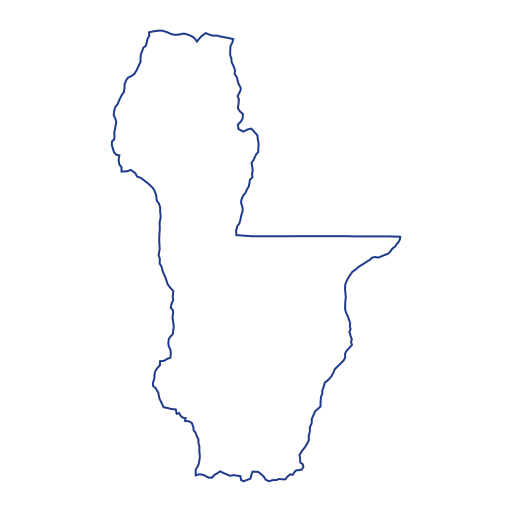 Santo Antônio do Descoberto, Goiás, Brazil
{"feature_id": "56859067B79602459019082", "entity_name": "Santo Antônio do Descoberto", "entity_type": "district", "adm_level": 2, "iso_a3": "BRA", "parent_name": "Brazil", "parent_adm1": "Goiás", "projection": "albers", "projection_center": [-48.284, -16.072], "detail": "fine", "context": "isolated", "style": "outline", "palette": "blue", "viewbox_px": 512, "rotation_deg": 0, "n_neighbors": 0, "source": "geoboundaries", "source_scale": "gbopen_adm2", "svg_char_len": 4100}
<svg xmlns="http://www.w3.org/2000/svg" viewBox="0 0 512 512"><path d="M149.1,32.3L149.2,36.1L147.6,38.6L145.9,45.7L143.2,47.9L142.1,51.3L140.8,54.4L140.5,59.0L140.6,61.6L136.6,70.3L134.3,74.0L131.8,75.9L128.2,77.5L126.5,79.7L124.7,83.9L124.4,88.7L123.9,92.1L121.9,94.9L120.4,97.7L119.2,100.2L117.7,104.0L115.3,107.0L114.2,110.7L113.7,115.2L115.1,118.1L116.3,121.9L114.8,129.8L114.2,133.1L114.6,136.5L114.1,139.5L112.0,141.4L111.8,145.0L114.0,152.3L116.4,154.8L119.4,155.4L118.8,158.2L118.7,161.0L119.4,164.6L121.5,167.3L121.5,171.5L127.3,171.3L130.7,169.9L135.2,173.1L137.0,176.4L141.1,178.1L144.5,180.7L147.7,183.1L150.1,185.3L152.7,187.8L154.3,190.3L156.2,195.2L156.7,200.4L159.1,204.0L160.2,207.7L160.1,211.3L160.5,214.2L160.6,218.0L159.6,222.5L159.8,228.6L159.4,234.4L159.2,239.5L159.3,242.7L159.5,245.7L159.7,249.0L158.6,255.3L159.8,258.4L159.7,263.7L161.4,266.3L162.9,271.9L164.9,276.2L166.3,280.0L167.8,284.5L170.0,287.4L173.4,291.2L172.7,296.1L173.2,300.2L171.5,303.7L170.8,307.7L173.0,310.5L173.1,313.3L172.5,316.8L172.9,320.0L173.8,326.3L173.4,329.1L172.9,333.9L170.3,336.8L168.8,339.1L168.3,342.9L168.7,346.1L170.5,350.0L170.8,353.7L170.4,357.7L166.8,359.1L164.1,360.8L160.0,361.2L159.9,365.3L157.4,368.0L155.5,370.7L154.6,373.8L154.3,378.8L152.9,383.0L153.1,386.0L155.7,388.2L158.3,392.7L158.8,395.6L159.5,398.8L161.0,401.6L163.5,407.2L168.3,408.2L171.0,409.0L175.7,409.4L176.7,413.8L179.1,413.1L180.6,415.8L183.1,417.8L185.6,418.1L185.0,420.9L189.3,421.4L191.9,423.1L193.4,427.2L193.6,430.4L195.5,432.5L196.8,436.1L198.4,439.3L198.5,443.4L199.4,446.5L199.3,450.7L199.6,453.5L199.8,456.5L199.5,459.9L198.8,463.5L197.9,466.0L195.7,469.6L195.7,475.3L198.9,474.4L201.6,474.5L204.7,475.5L208.5,477.7L212.1,477.6L214.5,474.8L217.2,473.4L220.1,471.3L223.9,473.2L227.6,474.7L229.8,475.8L234.1,475.1L237.3,475.7L240.4,476.1L241.1,480.1L243.5,481.3L250.5,478.6L251.4,474.9L252.6,471.6L258.1,471.9L261.4,474.4L264.0,476.9L265.6,479.6L268.7,481.2L273.4,480.0L276.2,480.1L279.0,479.0L282.4,479.3L285.3,479.3L287.3,476.8L290.0,474.4L292.7,474.8L294.4,472.1L296.2,470.3L298.7,470.2L301.7,469.5L303.4,467.0L302.8,464.3L300.3,462.6L300.1,458.6L299.5,454.9L302.1,450.8L305.0,447.2L307.7,442.7L308.9,440.0L308.7,436.1L309.9,431.3L309.9,427.2L311.6,423.5L311.8,418.8L313.0,416.2L314.1,413.6L315.2,411.2L317.5,409.2L320.5,406.5L320.6,401.2L321.0,396.9L322.2,393.9L322.4,390.3L323.3,388.0L324.8,382.6L327.4,380.7L331.0,376.9L333.4,372.6L334.9,369.1L337.2,366.8L340.7,363.4L343.7,360.4L345.2,357.4L345.0,354.4L345.9,351.7L349.0,348.2L351.9,345.0L351.1,342.0L351.8,339.3L350.5,335.6L349.4,331.7L350.6,329.1L349.8,326.3L350.2,323.5L349.3,320.9L347.9,316.5L346.0,312.5L345.1,309.1L345.3,301.5L345.8,297.2L345.4,293.1L345.0,288.0L345.3,284.4L347.0,280.2L349.3,276.2L352.4,271.8L355.5,269.6L359.3,266.4L363.0,264.1L367.0,261.5L370.1,259.7L372.0,257.7L375.1,257.0L378.3,257.6L381.5,256.3L384.9,254.9L388.0,253.7L390.0,252.0L392.1,248.9L395.2,246.4L396.8,244.0L398.5,242.1L399.9,239.4L400.2,236.7L387.6,236.4L380.2,236.4L367.2,236.4L354.0,236.4L351.2,236.3L348.2,236.2L336.9,236.2L308.9,236.2L252.5,236.3L236.4,235.1L236.1,230.4L237.3,226.1L239.3,223.5L240.5,219.3L241.3,215.2L242.5,211.7L242.7,208.3L241.9,205.4L241.1,202.9L241.3,200.2L243.1,195.7L245.3,193.2L246.9,189.6L248.8,186.4L249.5,182.7L249.9,179.7L252.5,177.2L252.0,173.7L252.7,171.3L252.5,168.5L251.6,162.9L253.5,160.0L254.9,157.1L256.1,154.4L258.2,152.1L258.3,148.4L258.7,144.0L257.9,139.7L257.4,135.4L254.3,131.8L251.3,128.6L247.5,129.5L243.4,131.6L238.5,129.1L237.9,124.6L241.0,121.5L242.6,118.6L242.9,113.9L240.0,111.5L237.9,108.2L238.3,105.1L238.7,102.1L238.8,98.9L237.6,96.1L239.5,92.6L240.8,89.4L240.3,86.9L238.9,84.7L238.0,81.9L236.7,77.0L234.6,74.0L235.0,70.7L234.3,68.0L233.3,65.5L231.7,62.3L231.3,58.1L230.2,55.4L230.2,51.7L230.5,45.8L232.3,42.8L233.2,39.1L227.4,37.8L220.2,36.5L217.4,35.6L214.0,35.7L210.9,35.2L205.6,33.1L200.9,36.7L196.9,41.6L195.1,38.8L192.6,36.7L189.7,35.3L184.9,33.7L182.0,33.8L179.1,34.6L175.2,34.8L171.5,34.2L167.4,32.3L162.5,30.7L157.7,30.7L153.3,31.4L149.1,32.3Z" fill="none" stroke="#1e3a8a" stroke-width="2"/></svg>